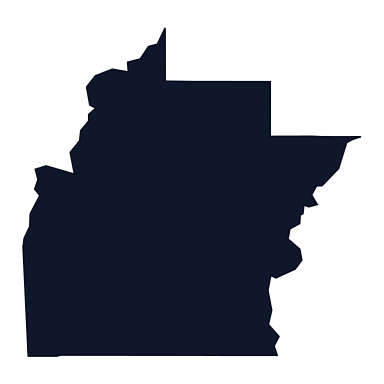 the district of Hinds, Mississippi, United States of America
{"feature_id": "52423323B53043457363296", "entity_name": "Hinds", "entity_type": "district", "adm_level": 2, "iso_a3": "USA", "parent_name": "United States of America", "parent_adm1": "Mississippi", "projection": "natural_earth1", "projection_center": [-90.379, 32.311], "detail": "fine", "context": "isolated", "style": "filled", "palette": "ink", "viewbox_px": 384, "rotation_deg": 0, "n_neighbors": 0, "source": "geoboundaries", "source_scale": "gbopen_adm2", "svg_char_len": 993}
<svg xmlns="http://www.w3.org/2000/svg" viewBox="0 0 384 384"><path d="M165.1,27.9L157.4,44.2L148.5,46.5L140.2,59.0L127.6,62.2L128.3,72.0L112.3,69.2L95.4,75.8L86.6,87.0L89.8,105.0L95.9,108.1L88.7,114.4L88.7,121.0L80.8,130.5L79.6,140.8L70.2,152.4L74.4,174.2L46.1,165.9L35.3,169.3L38.0,179.5L34.7,189.1L39.8,195.5L30.2,213.9L29.8,226.4L24.1,238.5L23.4,245.1L23.0,245.7L28.2,356.1L57.2,356.1L60.4,355.1L199.6,355.2L221.9,355.3L224.2,355.3L241.1,355.3L277.2,355.3L274.1,345.9L279.0,336.5L268.4,324.5L271.7,310.3L267.9,290.3L270.8,275.3L275.9,277.9L295.2,269.0L301.8,260.2L299.8,249.2L288.0,239.0L289.9,228.9L299.7,223.5L300.2,215.0L302.9,213.8L303.9,205.0L308.9,206.8L317.3,204.5L314.9,200.6L311.6,195.0L316.5,185.9L322.0,185.7L338.6,168.5L346.7,142.5L352.9,139.3L361.0,136.7L350.7,136.8L331.5,136.8L325.9,136.7L322.7,136.8L312.8,136.3L304.5,136.3L270.2,136.4L270.3,81.7L268.0,81.7L251.8,81.7L214.0,81.6L193.5,81.6L165.2,81.2L165.1,27.9Z" fill="#0f172a" stroke="#020617" stroke-width="1.5"/></svg>